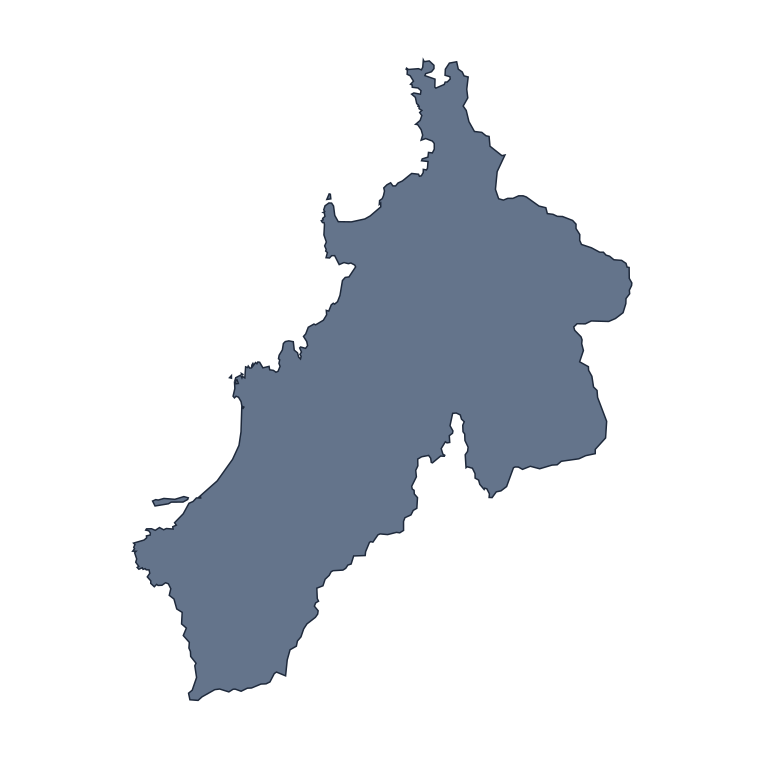 Bolaang Mongondow Timur, Sulawesi Utara, Indonesia (Albers equal-area conic projection), rotated 183°
{"feature_id": "22746128B26195600949416", "entity_name": "Bolaang Mongondow Timur", "entity_type": "district", "adm_level": 2, "iso_a3": "IDN", "parent_name": "Indonesia", "parent_adm1": "Sulawesi Utara", "projection": "albers", "projection_center": [124.549, 0.712], "detail": "fine", "context": "isolated", "style": "filled", "palette": "slate", "viewbox_px": 768, "rotation_deg": 183, "n_neighbors": 0, "source": "geoboundaries", "source_scale": "gbopen_adm2", "svg_char_len": 6154}
<svg xmlns="http://www.w3.org/2000/svg" viewBox="0 0 768 768"><g transform="rotate(183 384 384)"><path d="M169.4,325.5L169.6,329.8L159.9,341.7L159.7,358.4L170.0,381.8L170.9,388.7L174.6,392.0L176.8,402.6L180.4,408.4L180.8,412.0L189.8,416.4L186.6,427.9L188.7,434.6L188.5,438.4L189.7,441.4L196.4,447.6L197.5,450.9L194.3,454.3L186.1,454.6L180.3,457.8L162.9,458.2L156.3,461.5L149.0,467.7L146.7,476.9L146.8,482.0L143.4,487.0L143.9,490.5L141.9,495.3L141.8,497.9L144.6,502.3L145.3,513.2L147.4,513.5L148.6,517.1L153.2,519.9L160.9,520.1L165.4,523.4L169.0,524.3L171.8,527.1L175.5,526.9L184.0,530.9L194.1,533.7L196.1,537.7L196.3,543.5L200.4,549.3L200.6,553.7L204.2,557.2L214.5,560.6L219.7,560.5L224.1,562.3L229.8,562.7L231.6,568.5L238.5,569.8L251.6,578.2L254.9,579.2L259.3,579.0L265.0,576.1L270.1,575.9L274.4,573.9L279.2,575.0L282.9,584.2L282.1,602.0L275.2,619.0L278.2,618.2L290.6,627.0L292.0,636.7L295.1,637.2L299.5,640.4L306.9,640.9L312.9,650.4L316.2,661.5L319.5,665.7L315.3,674.1L316.8,682.7L316.0,695.0L320.2,695.9L322.2,699.7L326.3,702.3L328.3,709.6L335.5,707.9L339.2,701.6L339.2,695.5L334.3,694.3L333.8,692.1L336.6,688.9L338.7,688.7L339.5,686.3L347.7,682.2L348.8,683.2L349.0,691.1L359.3,694.1L358.7,696.1L352.9,698.3L350.6,701.5L350.8,704.9L355.7,709.0L360.7,708.0L361.7,709.7L361.9,702.3L363.1,699.7L366.1,700.7L376.0,699.4L378.0,700.6L378.4,699.5L377.1,698.6L377.1,694.5L374.0,693.2L370.4,688.0L373.2,684.7L371.6,684.2L371.3,681.8L365.6,681.4L362.4,678.9L362.8,675.3L369.4,676.2L371.6,674.9L367.7,671.9L366.0,665.7L364.4,664.5L364.6,663.2L363.5,663.2L363.4,660.8L360.5,659.2L362.6,657.0L360.3,654.1L361.7,649.1L366.0,645.0L364.0,644.8L360.2,639.9L358.4,634.6L359.7,629.4L355.2,631.3L348.4,629.1L346.4,626.8L346.1,621.1L347.8,617.3L351.7,617.6L352.0,612.9L357.6,610.8L358.2,608.9L351.7,608.5L351.9,601.7L352.8,600.0L356.0,600.4L355.9,597.2L357.6,593.9L359.5,593.3L360.5,595.3L367.4,595.7L376.3,587.7L380.5,585.5L382.8,582.4L385.5,582.3L387.9,585.3L391.5,583.1L394.5,579.8L393.6,576.7L394.4,572.0L395.5,569.0L398.0,567.0L398.1,563.2L396.8,564.5L396.5,560.7L406.6,551.1L411.8,547.8L425.0,544.2L438.2,543.7L442.0,549.8L443.7,559.1L445.8,561.9L448.5,561.9L452.2,558.9L453.3,554.8L452.2,553.1L453.8,552.1L452.5,551.7L451.8,548.2L453.9,546.2L453.4,544.8L455.2,543.8L453.9,542.0L452.4,542.1L451.8,540.1L451.8,529.7L449.0,522.8L450.5,518.8L448.8,515.4L449.2,513.7L447.4,512.3L448.5,507.1L445.0,507.0L443.0,509.4L440.0,509.6L435.0,500.9L430.3,503.2L425.9,502.3L423.4,503.1L419.4,501.2L418.5,499.4L424.6,489.1L428.3,488.4L430.9,485.2L432.6,470.2L434.7,463.8L437.5,461.2L438.9,462.0L440.8,460.3L443.0,453.9L445.5,454.5L444.9,450.1L447.9,444.5L455.4,439.5L457.1,440.2L462.6,436.7L464.8,429.9L466.9,427.3L463.4,422.4L462.3,418.3L464.2,415.5L469.2,416.6L470.1,415.6L468.1,411.6L469.5,409.1L468.2,407.3L468.7,404.6L470.6,406.3L472.0,410.6L475.4,413.1L476.8,421.5L481.3,422.1L484.8,421.2L486.6,419.2L487.3,412.7L490.2,407.3L490.7,403.7L489.4,402.7L490.0,399.1L488.7,396.2L490.5,391.1L492.5,390.1L495.1,391.8L498.9,392.2L499.7,395.6L505.8,393.8L509.3,399.2L511.1,399.4L512.0,397.6L513.4,398.7L517.1,393.2L518.8,392.8L520.5,394.8L521.0,393.3L523.1,393.9L523.3,382.8L525.7,384.1L526.2,382.6L527.7,385.3L532.4,382.5L533.0,379.9L531.0,380.5L529.5,376.9L531.7,376.5L532.0,378.6L533.4,378.1L532.7,371.7L534.1,363.9L532.6,362.3L531.1,364.0L528.6,363.2L525.8,358.9L524.8,354.6L522.7,353.6L523.5,352.3L524.8,353.2L524.3,328.7L525.6,315.1L531.3,300.8L545.5,278.5L563.0,261.3L561.3,261.7L561.1,260.6L565.4,260.4L568.5,256.7L572.5,254.7L577.7,243.9L585.9,234.5L584.0,232.2L587.5,230.4L587.0,228.1L593.8,228.3L596.4,226.9L600.7,228.9L604.8,225.9L608.6,227.3L613.6,226.9L614.3,225.6L611.3,225.1L609.5,223.0L609.6,220.9L613.3,219.9L613.0,217.9L615.5,215.6L625.8,212.0L624.3,210.6L625.4,207.8L624.5,206.5L626.2,203.9L622.8,204.0L624.2,202.4L621.8,196.3L622.6,193.0L619.4,189.1L620.9,187.9L619.1,186.2L615.8,187.8L614.9,186.3L612.9,187.1L611.7,186.0L608.9,186.1L608.0,182.7L610.3,179.0L606.6,175.2L606.5,172.7L602.8,169.5L600.5,172.0L599.1,171.0L595.2,171.4L591.7,174.1L588.9,173.2L586.2,168.4L587.4,161.7L582.5,158.3L579.2,148.5L573.6,145.4L573.6,133.8L568.6,129.9L571.3,122.3L564.9,115.8L565.0,110.1L563.3,106.7L562.8,101.8L557.1,95.3L558.2,92.7L555.8,81.1L559.5,68.2L563.0,65.0L561.3,58.5L553.1,58.3L549.3,62.1L537.0,69.9L532.2,70.8L522.8,68.4L518.7,71.3L516.6,71.5L510.6,69.7L504.5,73.1L500.4,73.5L491.2,77.9L486.1,78.4L482.3,80.5L478.4,89.1L476.3,90.7L467.0,87.4L466.2,103.4L463.9,113.7L457.8,117.6L457.0,122.8L453.7,127.1L451.4,135.2L448.4,140.4L440.3,147.4L438.2,150.7L437.9,154.1L441.9,158.5L440.8,161.8L438.0,163.7L439.4,166.2L440.4,176.6L434.4,179.3L432.6,185.9L428.7,190.0L427.0,193.7L425.1,194.9L415.3,196.0L412.6,197.9L410.6,201.3L407.4,202.5L405.3,210.7L393.8,211.7L393.6,215.5L390.3,224.9L389.1,225.9L386.8,225.5L382.1,233.1L380.0,234.1L372.5,233.8L363.8,236.5L360.5,236.2L356.8,238.8L357.3,247.8L356.1,251.6L350.2,254.7L348.2,259.3L344.7,261.6L344.6,272.3L348.0,275.8L348.4,279.4L350.3,280.6L351.0,283.3L346.8,293.0L347.8,299.4L345.9,304.0L346.4,310.8L342.6,313.3L335.7,315.0L333.5,312.3L332.7,308.2L331.5,307.8L323.7,315.0L320.0,315.0L319.6,316.0L321.5,317.0L323.5,322.5L319.7,329.5L318.0,328.5L315.3,329.1L316.1,335.8L313.0,338.4L312.7,340.7L315.9,345.8L313.9,358.3L310.3,358.8L306.2,357.1L304.8,353.0L301.9,350.5L303.2,346.9L302.6,340.5L300.8,338.3L300.2,331.8L296.7,325.3L297.0,321.1L299.2,317.6L297.7,304.7L296.5,305.7L291.3,304.5L288.4,299.3L288.1,294.8L284.5,293.0L283.1,288.8L278.5,283.9L278.0,285.2L275.8,284.7L273.0,279.8L273.1,276.2L270.1,276.2L266.2,282.2L261.6,283.4L256.2,288.0L250.3,307.2L248.7,308.0L245.5,308.1L241.2,306.0L233.6,309.5L224.1,307.5L212.0,311.8L206.8,312.4L202.9,316.1L185.5,319.5L178.8,323.0L169.4,325.5ZM606.3,250.2L593.0,253.1L590.3,254.9L578.5,255.6L574.0,258.4L573.5,260.1L578.0,261.1L586.8,257.9L597.8,258.2L603.4,256.3L605.9,256.6L609.0,255.0L606.3,250.2ZM450.8,565.3L446.8,566.1L447.5,570.7L448.7,571.0L450.8,565.3ZM536.8,384.4L538.6,382.2L536.6,381.8L536.8,384.4ZM516.0,397.7L516.9,396.1L517.0,395.0L515.3,396.3L516.0,397.7ZM526.6,386.0L524.8,385.9L526.9,387.0L526.6,386.0Z" fill="#64748b" stroke="#1e293b" stroke-width="1.5"/></g></svg>